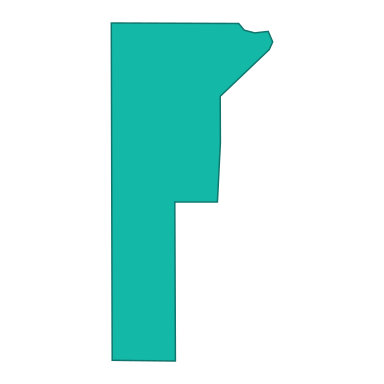 Jim Wells, Texas, United States of America (Robinson projection)
{"feature_id": "52423323B29014105242179", "entity_name": "Jim Wells", "entity_type": "district", "adm_level": 2, "iso_a3": "USA", "parent_name": "United States of America", "parent_adm1": "Texas", "projection": "robinson", "projection_center": [-97.972, 27.659], "detail": "fine", "context": "isolated", "style": "filled", "palette": "teal", "viewbox_px": 384, "rotation_deg": 0, "n_neighbors": 0, "source": "geoboundaries", "source_scale": "gbopen_adm2", "svg_char_len": 291}
<svg xmlns="http://www.w3.org/2000/svg" viewBox="0 0 384 384"><path d="M111.3,23.0L112.2,360.3L175.4,361.0L174.8,202.0L217.4,202.0L220.4,142.4L220.2,96.3L269.3,49.5L272.7,41.9L268.2,31.4L254.7,32.9L244.3,30.2L238.7,23.5L111.3,23.0Z" fill="#14b8a6" stroke="#0f766e" stroke-width="1.5"/></svg>